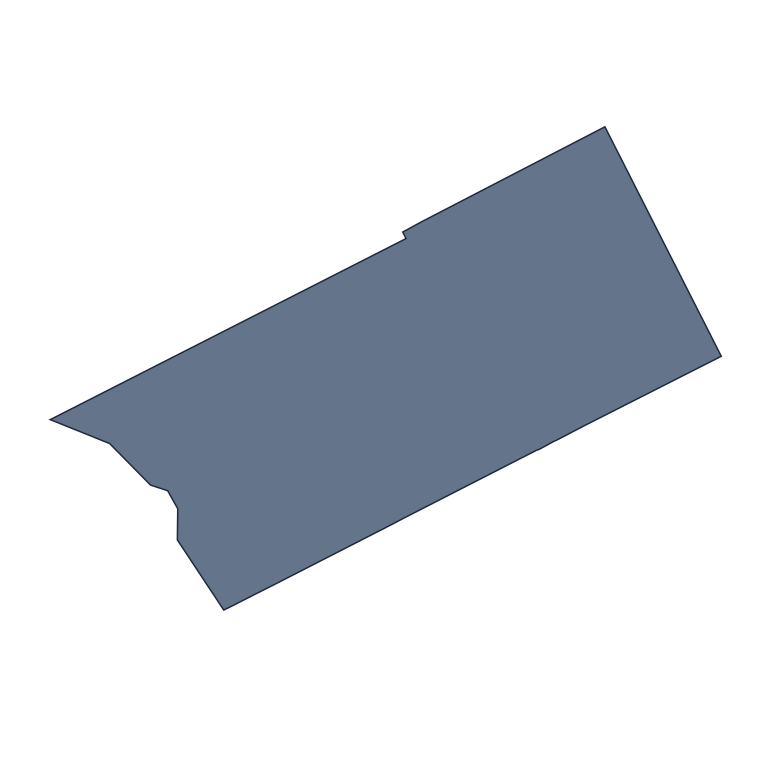 Newton, Indiana, United States of America, rotated 243°
{"feature_id": "52423323B60450934257791", "entity_name": "Newton", "entity_type": "district", "adm_level": 2, "iso_a3": "USA", "parent_name": "United States of America", "parent_adm1": "Indiana", "projection": "equal_earth", "projection_center": [-87.457, 40.978], "detail": "fine", "context": "isolated", "style": "filled", "palette": "slate", "viewbox_px": 768, "rotation_deg": 243, "n_neighbors": 0, "source": "geoboundaries", "source_scale": "gbopen_adm2", "svg_char_len": 542}
<svg xmlns="http://www.w3.org/2000/svg" viewBox="0 0 768 768"><g transform="rotate(243 384 384)"><path d="M512.9,697.6L511.5,491.4L510.9,469.7L503.6,469.7L503.8,70.4L455.5,112.5L399.9,130.1L387.1,142.8L366.5,143.6L338.9,129.1L255.3,138.6L255.3,141.5L255.2,145.5L255.2,146.4L255.2,147.2L255.2,154.4L255.2,160.5L255.2,172.9L255.1,196.5L255.3,322.2L255.5,340.7L255.5,341.1L255.7,469.2L255.7,469.3L255.7,490.4L255.3,492.2L255.8,509.9L255.6,511.1L255.9,544.1L255.6,697.1L512.9,697.6Z" fill="#64748b" stroke="#1e293b" stroke-width="1.5"/></g></svg>